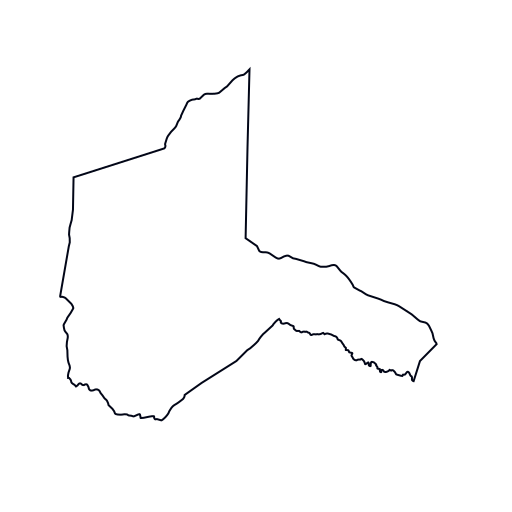 the district of Valle de Angeles, Francisco Morazán, Honduras, rotated 11°
{"feature_id": "27666195B29826450958821", "entity_name": "Valle de Angeles", "entity_type": "district", "adm_level": 2, "iso_a3": "HND", "parent_name": "Honduras", "parent_adm1": "Francisco Morazán", "projection": "robinson", "projection_center": [-86.986, 14.163], "detail": "fine", "context": "isolated", "style": "outline", "palette": "ink", "viewbox_px": 512, "rotation_deg": 11, "n_neighbors": 0, "source": "geoboundaries", "source_scale": "gbopen_adm2", "svg_char_len": 6060}
<svg xmlns="http://www.w3.org/2000/svg" viewBox="0 0 512 512"><g transform="rotate(11 256 256)"><path d="M450.1,308.1L449.6,307.1L447.8,305.5L446.9,304.3L446.0,302.8L444.0,298.2L442.2,295.6L439.2,291.6L437.8,290.3L436.6,289.5L435.0,289.0L430.2,288.8L429.2,288.6L426.7,287.4L420.0,283.6L417.3,282.5L406.3,278.1L404.1,277.4L401.4,276.9L394.4,276.3L390.2,275.8L387.0,275.0L384.0,274.5L373.4,273.2L371.2,272.6L366.1,270.5L364.3,270.1L358.2,268.1L357.7,267.7L356.5,265.9L354.0,263.2L351.5,260.8L350.0,259.5L348.4,258.3L347.0,257.4L345.4,256.5L342.9,255.3L341.4,254.2L337.4,250.8L336.8,250.4L336.0,250.1L334.9,249.9L333.6,250.1L331.9,250.7L329.6,252.0L327.1,253.1L324.5,253.6L322.7,254.0L321.3,254.2L319.5,253.9L316.6,253.1L314.3,252.6L311.9,252.5L306.6,252.4L304.2,252.0L295.8,251.2L292.8,251.2L288.5,249.7L287.3,249.5L285.8,249.9L283.7,251.0L282.9,251.6L281.1,253.1L279.6,254.0L278.6,254.3L277.6,254.3L275.5,253.7L269.0,250.9L267.4,250.5L266.2,250.4L264.7,250.5L262.2,251.0L260.6,251.1L259.7,251.0L259.0,250.8L258.4,250.5L258.0,250.1L255.1,246.1L242.4,240.5L226.9,150.8L214.0,74.0L211.9,77.3L209.8,80.0L208.8,80.7L206.5,81.6L204.1,83.0L202.8,84.1L201.1,85.8L199.4,88.0L195.2,95.1L193.2,97.1L189.7,101.5L188.5,102.9L187.0,103.7L184.4,104.6L180.9,105.4L177.1,106.0L175.4,106.6L174.7,107.1L174.0,107.7L170.7,112.4L169.4,112.9L168.2,112.8L167.7,112.9L166.1,113.9L163.6,114.7L162.3,115.5L161.3,116.2L160.4,117.0L159.7,117.7L159.2,118.9L158.8,120.8L156.9,127.5L156.2,130.5L155.7,132.4L155.7,133.8L155.5,134.7L154.8,136.8L154.0,138.5L153.7,139.3L152.9,143.5L152.4,144.8L151.5,146.4L149.0,150.2L146.9,154.5L146.4,155.8L146.0,157.7L145.4,163.2L145.5,163.9L146.1,165.2L146.1,166.1L146.0,166.9L145.4,167.9L61.9,213.6L67.5,245.5L68.2,256.0L67.9,259.4L67.6,263.6L68.0,267.7L68.4,270.7L69.7,274.0L70.6,278.2L70.4,282.1L71.4,332.8L71.6,333.3L71.8,333.4L72.3,333.4L73.3,333.0L74.7,333.1L76.1,333.3L77.3,333.8L83.9,338.2L85.7,340.2L86.5,341.7L86.6,342.2L86.3,343.2L84.9,347.3L82.6,352.5L82.2,354.6L80.5,359.5L80.3,360.6L81.1,363.0L82.2,365.5L83.2,366.6L85.6,368.6L86.1,369.4L86.4,370.2L86.7,371.3L86.8,372.5L86.8,376.4L87.3,380.6L88.1,382.7L88.8,384.5L90.2,390.7L91.2,394.0L92.3,396.5L93.9,399.1L94.6,400.9L94.7,401.6L94.7,402.6L94.2,406.2L94.2,408.4L94.3,409.8L94.8,411.3L94.8,411.5L95.5,411.4L95.8,411.4L97.5,412.7L98.3,413.9L98.8,415.1L99.5,415.8L100.6,416.4L102.2,417.0L103.2,417.6L104.2,418.4L105.4,417.2L106.4,415.4L106.8,415.0L107.3,414.7L107.9,414.6L108.5,414.7L109.1,415.0L110.0,415.6L110.9,415.7L111.8,415.5L112.5,414.8L112.9,414.6L114.0,414.3L114.6,414.4L115.2,414.9L116.5,416.5L117.3,418.2L117.7,418.7L118.2,419.1L119.0,419.5L119.8,419.6L121.2,419.2L122.1,418.8L123.5,417.8L124.6,417.4L125.9,417.3L127.2,417.7L127.8,418.1L128.3,418.5L129.6,420.2L131.9,422.1L134.1,424.3L134.9,424.9L136.5,425.8L137.4,426.6L138.9,428.7L139.2,429.3L139.5,430.1L139.7,430.5L144.2,433.4L146.4,435.5L147.5,437.3L148.0,437.7L148.5,437.9L150.3,438.0L152.9,437.7L154.6,437.3L156.9,436.5L158.7,436.2L159.9,436.2L161.0,436.7L161.6,436.8L164.1,436.6L165.8,436.8L166.4,436.8L166.9,436.6L168.1,435.8L170.5,434.1L171.8,433.5L172.3,433.7L172.6,434.4L173.1,435.4L173.5,436.7L173.7,437.0L174.0,437.0L176.5,436.3L181.8,434.1L184.5,433.1L186.0,432.8L186.4,432.8L186.6,433.0L186.8,433.9L186.9,434.3L187.6,435.2L188.1,435.5L188.6,435.5L189.4,435.1L190.0,435.0L194.4,435.4L194.8,435.2L195.8,434.2L197.1,432.5L198.1,431.0L199.2,429.0L200.0,427.2L200.5,424.9L201.1,423.3L202.0,421.1L203.0,419.4L204.2,418.0L206.2,416.2L207.9,414.5L210.5,411.6L211.7,410.2L212.3,408.8L212.5,408.1L212.6,407.1L212.5,406.0L226.9,390.9L256.8,362.8L265.4,350.1L267.9,347.7L271.1,343.6L272.7,341.4L274.2,339.0L275.1,336.6L276.2,334.3L277.9,331.3L279.4,329.4L285.6,321.0L286.1,319.6L287.8,316.7L289.3,314.7L290.7,313.4L291.6,314.3L292.8,315.1L293.0,315.6L292.9,316.1L293.0,316.4L293.3,316.8L293.8,317.1L294.6,317.3L296.0,317.2L298.3,316.1L299.3,315.9L300.1,316.0L301.0,316.3L302.9,317.2L306.1,317.7L306.5,318.2L306.7,319.3L307.1,320.2L307.5,320.5L308.1,320.8L309.2,321.5L309.8,321.7L310.4,321.8L312.7,321.3L313.6,321.9L314.8,322.3L315.5,322.2L316.3,321.5L317.0,321.2L317.9,321.0L318.7,321.1L319.5,320.7L320.2,320.6L321.7,321.2L322.9,321.3L323.4,321.6L324.6,322.9L324.9,323.0L325.3,323.0L325.7,322.9L326.6,322.2L327.7,321.7L329.8,321.5L331.0,321.0L332.2,321.0L333.3,320.7L334.4,320.2L336.2,318.9L336.7,318.7L338.2,319.7L339.3,319.0L340.5,318.5L341.3,318.4L344.8,318.7L347.8,319.6L349.3,319.7L350.2,320.0L351.0,320.6L351.7,321.4L352.0,322.1L352.3,322.4L353.2,322.6L354.9,322.9L355.5,323.2L355.9,323.5L357.4,325.1L359.2,326.8L359.7,327.6L360.0,328.0L361.7,329.0L362.0,330.2L362.0,330.9L362.1,331.1L364.4,330.9L364.9,331.2L365.9,332.7L367.0,332.8L368.4,332.8L368.9,332.9L369.1,333.1L369.1,333.5L368.8,334.9L368.7,335.3L368.9,335.7L369.3,336.3L370.2,337.1L370.9,338.2L371.7,338.7L372.6,339.2L373.6,339.3L374.6,339.2L375.3,338.6L376.1,338.2L378.3,337.7L378.9,337.0L379.4,336.9L380.5,337.5L381.8,338.4L382.3,338.9L383.8,341.3L384.1,341.3L384.3,341.2L386.1,339.3L386.6,339.1L386.8,339.3L387.0,339.6L387.5,341.4L387.7,341.8L388.3,342.2L389.0,342.3L389.4,342.2L389.5,341.9L389.2,340.2L389.2,338.9L389.4,338.2L389.7,337.9L390.1,337.8L391.9,337.9L392.5,338.2L394.6,339.5L394.8,340.0L394.8,340.5L395.9,341.4L396.3,341.8L396.5,342.3L396.5,342.9L396.8,343.3L397.5,343.4L398.6,343.3L399.1,343.4L399.2,343.7L399.4,344.7L399.8,345.7L400.2,346.1L400.6,346.2L401.0,346.1L401.1,345.9L400.9,345.0L400.8,344.2L401.1,343.9L401.4,343.8L402.0,343.7L402.5,343.9L403.0,344.3L403.5,344.9L403.8,345.1L404.4,345.2L405.2,345.2L406.1,344.9L407.2,344.2L408.1,343.5L408.9,342.3L410.5,342.7L411.0,342.2L412.0,342.0L412.8,342.3L414.2,343.2L415.1,344.1L415.9,345.1L416.2,345.4L417.3,345.6L421.0,345.9L421.7,345.9L422.1,345.7L422.5,345.8L422.7,345.5L422.9,344.6L423.0,344.4L424.2,344.2L425.0,343.8L426.3,341.2L426.8,340.8L427.2,340.7L427.9,340.9L428.8,341.6L430.2,343.6L430.8,344.2L431.1,344.3L431.6,344.4L431.9,344.7L432.3,345.5L432.6,347.2L432.8,347.9L433.6,348.5L434.3,348.8L434.6,348.8L437.0,327.8L450.1,308.1Z" fill="none" stroke="#020617" stroke-width="2"/></g></svg>